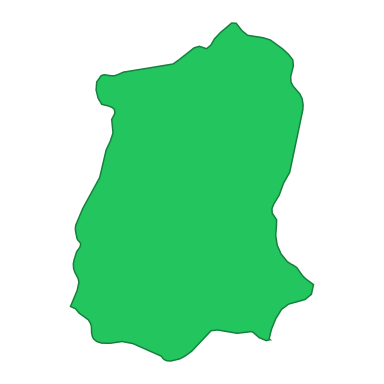 map outline of Sikkim (Natural Earth projection)
{"feature_id": "IND-3259", "entity_name": "Sikkim", "entity_type": "State", "adm_level": 1, "iso_a3": "IND", "parent_name": "India", "parent_adm1": "", "projection": "natural_earth1", "projection_center": [88.435, 27.596], "detail": "fine", "context": "isolated", "style": "filled", "palette": "green", "viewbox_px": 384, "rotation_deg": 0, "n_neighbors": 0, "source": "natural_earth", "source_scale": "10m", "svg_char_len": 1519}
<svg xmlns="http://www.w3.org/2000/svg" viewBox="0 0 384 384"><path d="M313.5,284.6L311.4,294.3L309.1,296.2L305.1,299.5L288.6,304.1L281.6,309.3L275.8,318.6L271.4,329.5L269.1,339.0L270.0,339.7L269.9,339.7L266.2,340.6L259.1,337.6L253.1,332.3L251.2,331.6L237.2,333.3L217.7,330.0L211.1,330.7L191.8,351.1L185.3,355.9L179.7,358.9L171.0,361.0L167.1,360.8L164.6,359.8L163.2,358.7L161.3,356.2L133.0,343.6L122.1,341.5L109.9,343.3L101.5,343.1L96.7,341.5L93.5,338.8L92.3,336.2L91.6,332.9L91.4,326.3L90.4,323.2L88.3,319.8L79.1,313.1L75.6,308.8L70.5,306.5L77.2,290.4L78.9,282.3L78.1,278.5L74.8,272.1L73.6,268.5L73.3,263.9L74.0,260.2L76.3,252.7L77.4,250.5L78.8,248.8L80.0,246.9L80.7,244.1L80.2,242.7L77.7,239.9L77.0,238.4L75.7,232.0L75.3,228.8L75.7,225.3L82.7,208.6L99.7,177.5L106.2,149.8L110.2,141.4L113.0,133.0L111.7,119.4L114.9,113.3L114.4,109.4L112.2,107.5L108.5,106.0L101.7,104.3L98.1,98.1L96.1,90.0L96.7,82.0L101.1,75.7L104.1,74.7L110.8,75.7L114.0,75.8L117.2,74.9L123.5,72.1L173.0,64.0L178.7,60.0L194.0,47.9L199.4,46.3L206.6,48.7L210.8,45.2L214.5,38.8L220.5,32.5L231.7,23.0L236.2,23.3L242.0,30.7L247.6,35.3L263.5,37.8L270.4,40.0L282.6,48.9L288.8,54.7L292.8,60.0L293.4,65.8L290.7,76.6L291.0,82.1L293.2,86.3L299.8,93.9L302.2,98.9L303.1,104.9L302.8,110.0L289.7,172.3L283.5,183.3L279.2,195.1L274.0,203.7L272.0,208.5L272.2,213.1L276.6,219.8L276.5,225.3L275.7,235.4L277.2,245.1L281.0,253.9L287.0,261.3L290.5,263.8L293.6,265.4L296.7,267.5L302.5,275.7L305.9,279.0L313.5,284.6Z" fill="#22c55e" stroke="#15803d" stroke-width="1.5"/></svg>